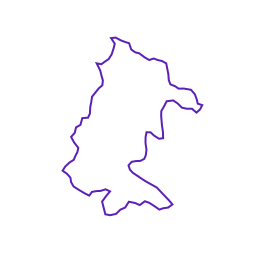 Vespasiano, Minas Gerais, Brazil (Natural Earth projection), rotated 156°
{"feature_id": "56859067B4954483549990", "entity_name": "Vespasiano", "entity_type": "district", "adm_level": 2, "iso_a3": "BRA", "parent_name": "Brazil", "parent_adm1": "Minas Gerais", "projection": "natural_earth1", "projection_center": [-43.949, -19.73], "detail": "fine", "context": "isolated", "style": "outline", "palette": "violet", "viewbox_px": 256, "rotation_deg": 156, "n_neighbors": 0, "source": "geoboundaries", "source_scale": "gbopen_adm2", "svg_char_len": 1575}
<svg xmlns="http://www.w3.org/2000/svg" viewBox="0 0 256 256"><g transform="rotate(156 128 128)"><path d="M130.3,199.8L130.0,191.7L131.0,186.2L131.6,181.7L134.0,177.5L138.6,176.1L143.3,173.7L148.1,171.2L150.9,166.8L153.9,162.6L156.9,156.7L160.3,153.7L165.7,155.6L170.2,150.2L175.2,149.7L178.7,145.2L183.6,143.0L183.1,136.7L181.5,130.0L184.0,126.6L187.3,124.0L190.5,121.0L195.4,120.3L200.9,118.4L205.1,115.6L202.3,110.8L200.8,106.1L202.0,101.7L201.5,96.7L198.0,91.4L194.1,85.9L190.9,82.0L186.9,84.3L182.5,83.2L178.7,81.7L173.4,81.1L170.2,77.4L176.1,74.5L181.6,71.3L183.8,58.4L179.8,55.6L173.9,54.4L168.2,56.5L162.9,56.5L157.2,60.3L151.9,56.5L148.6,52.8L142.4,54.2L139.0,51.0L135.5,45.6L132.5,40.7L128.6,40.4L123.7,39.0L118.5,40.1L120.0,45.3L123.2,54.2L125.8,61.7L129.1,66.2L131.7,69.6L134.3,73.2L137.9,78.9L141.8,85.1L143.2,89.2L142.7,93.7L138.4,95.6L134.3,94.6L130.0,92.9L125.7,93.2L122.9,95.8L120.0,100.5L118.1,107.2L115.6,112.6L112.8,116.6L109.1,114.8L107.4,110.7L104.1,105.6L100.1,104.4L97.8,109.8L95.8,116.9L94.2,121.5L92.8,125.5L90.7,129.9L87.1,132.5L81.8,136.7L75.5,134.8L72.7,130.3L70.5,124.7L66.5,121.7L61.7,119.6L59.2,114.2L54.6,115.7L50.9,118.7L54.4,121.9L53.6,126.1L53.2,131.5L54.9,137.3L60.9,141.3L65.8,143.4L67.9,146.9L71.5,150.6L71.3,155.1L69.2,160.9L67.9,166.7L66.8,171.5L69.8,175.5L73.2,178.0L76.2,181.0L81.0,181.5L84.0,185.7L87.4,191.7L90.5,194.1L93.1,198.3L92.5,205.0L95.8,207.9L99.0,211.1L102.5,215.6L106.9,217.0L105.8,210.4L108.6,206.8L113.0,201.9L117.7,198.8L121.8,198.1L126.4,197.1L130.3,199.8Z" fill="none" stroke="#5b21b6" stroke-width="2"/></g></svg>